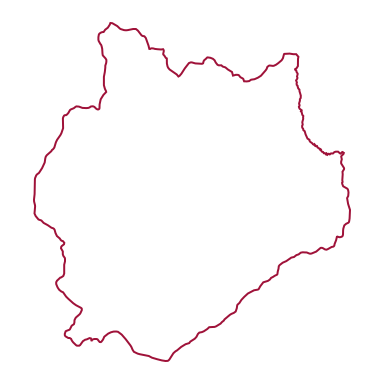 Ciudad Bolívar, Antioquia, Colombia (Robinson projection)
{"feature_id": "7082276B35389673608197", "entity_name": "Ciudad Bolívar", "entity_type": "district", "adm_level": 2, "iso_a3": "COL", "parent_name": "Colombia", "parent_adm1": "Antioquia", "projection": "robinson", "projection_center": [-75.992, 5.842], "detail": "fine", "context": "isolated", "style": "outline", "palette": "rose", "viewbox_px": 384, "rotation_deg": 0, "n_neighbors": 0, "source": "geoboundaries", "source_scale": "gbopen_adm2", "svg_char_len": 5832}
<svg xmlns="http://www.w3.org/2000/svg" viewBox="0 0 384 384"><path d="M274.5,275.9L277.0,274.7L277.4,274.1L277.8,271.3L278.5,268.8L278.8,266.2L279.6,265.1L282.7,262.7L286.3,261.1L291.3,257.6L294.0,257.0L296.4,255.1L298.6,254.4L300.7,252.7L302.6,252.3L306.8,252.5L309.5,253.6L310.6,253.7L311.6,253.5L316.2,251.6L320.6,247.9L321.9,247.8L323.2,248.3L324.7,249.3L326.3,249.7L327.5,249.3L331.6,247.0L333.4,246.6L333.8,246.3L334.3,245.6L334.6,244.0L336.1,240.2L336.9,236.8L337.3,236.6L339.3,237.2L340.7,237.1L342.1,236.5L342.7,235.8L343.0,234.5L343.1,230.5L343.3,228.7L344.3,225.4L346.1,223.8L348.4,222.7L348.9,222.1L349.2,221.1L349.6,218.4L350.0,209.9L348.1,203.9L347.1,198.1L348.2,196.0L348.5,192.5L348.2,190.5L347.8,189.3L347.2,188.6L343.2,186.3L342.3,184.1L342.1,183.1L342.1,182.6L342.6,182.0L342.3,180.1L342.7,174.3L342.5,171.7L344.0,169.3L344.1,168.5L343.9,167.8L341.2,163.5L341.1,161.9L341.8,159.2L341.2,156.6L341.5,155.9L343.4,154.1L343.8,153.0L343.1,152.8L342.8,152.1L342.3,152.0L340.6,153.6L339.9,153.3L338.1,151.7L335.7,151.7L334.4,152.1L332.9,153.5L331.0,153.4L329.8,154.4L328.9,153.8L328.4,153.8L327.5,154.7L326.4,153.2L326.0,153.4L326.4,154.1L326.1,154.5L324.7,153.1L323.8,153.2L323.1,152.0L322.1,151.8L321.2,150.7L321.0,150.4L321.1,149.8L320.6,149.2L320.1,149.7L318.9,148.2L317.7,147.6L317.0,146.1L316.3,146.3L315.5,146.1L315.5,145.4L315.3,145.2L314.9,145.3L314.4,144.2L313.7,144.7L312.9,144.2L312.3,143.3L310.2,141.8L309.4,140.5L309.4,139.7L307.5,138.6L305.6,134.4L304.7,131.2L303.4,130.2L303.1,128.7L302.6,128.2L302.2,127.4L302.1,125.9L302.7,124.7L302.3,122.2L303.2,118.9L303.1,117.3L303.3,116.0L302.3,114.8L301.6,111.9L300.9,111.4L301.1,110.9L301.6,110.9L301.7,110.3L299.7,108.8L299.4,108.3L298.9,107.0L298.9,106.6L299.5,105.9L299.6,105.1L299.2,104.2L299.1,103.4L299.9,100.8L299.9,99.2L300.7,98.0L300.8,95.6L299.5,91.2L299.4,89.6L298.2,88.4L298.0,87.3L297.6,86.7L297.6,85.8L296.7,84.8L296.6,83.2L296.9,82.5L296.1,80.4L297.3,78.6L297.4,77.6L297.0,76.6L297.7,73.9L297.4,73.2L296.7,72.3L296.4,70.9L295.3,69.9L295.1,69.4L295.3,68.9L296.3,68.6L297.9,66.1L298.0,58.9L298.4,56.8L296.2,54.2L293.4,54.2L289.6,53.6L284.3,53.9L284.0,54.2L282.9,58.3L281.6,60.3L278.3,63.1L276.1,64.7L274.0,65.7L273.0,65.9L269.7,65.5L268.7,65.8L267.3,67.0L266.7,68.8L265.7,70.3L261.0,75.7L257.9,77.7L254.5,79.2L251.1,79.7L249.1,81.1L246.8,81.4L244.1,81.3L243.3,79.0L242.8,78.5L240.4,77.2L238.8,75.2L238.0,74.9L235.9,74.8L233.0,75.6L232.0,72.0L227.9,69.5L225.4,67.4L222.6,66.5L221.4,65.3L218.7,65.3L217.5,64.8L215.7,62.5L214.6,60.3L212.9,58.8L210.4,57.8L207.7,57.4L207.2,57.5L205.4,59.3L204.5,59.9L203.6,61.2L203.1,63.3L202.0,63.8L195.3,63.4L191.8,62.4L190.7,62.4L188.9,63.1L184.8,68.4L181.4,73.7L179.5,75.9L178.4,76.5L176.8,74.5L169.6,69.5L168.1,67.7L167.5,66.3L166.9,63.5L166.8,58.4L165.8,57.9L164.4,55.7L163.3,54.5L163.2,53.9L163.8,51.0L163.7,50.2L163.1,49.2L161.1,49.5L157.3,49.2L154.8,48.9L153.6,48.5L151.8,48.3L150.8,48.5L150.1,49.0L149.3,48.9L148.5,45.6L145.8,38.0L144.4,36.3L142.4,35.9L141.5,35.3L137.9,30.6L135.9,29.0L133.1,29.0L127.8,30.1L126.0,30.3L124.0,30.1L120.8,29.1L119.9,28.6L117.3,26.1L112.3,23.2L110.4,23.0L109.7,24.8L107.8,27.7L105.2,29.7L103.6,32.0L102.3,32.1L100.7,32.7L99.5,33.6L98.9,34.4L98.4,37.1L98.4,39.8L98.7,41.0L100.4,44.0L101.1,44.8L101.6,46.2L102.2,48.8L102.5,53.7L102.8,55.4L105.5,58.4L106.3,59.7L106.4,61.0L106.2,62.9L105.3,65.7L105.3,67.6L104.8,72.1L103.9,76.8L103.9,85.2L104.9,88.8L106.0,91.1L106.2,92.0L103.5,94.8L100.7,99.3L99.6,104.4L99.5,108.0L99.3,108.8L98.5,109.4L97.4,109.4L96.2,108.7L94.4,106.9L93.3,106.4L92.2,106.3L90.6,106.6L89.7,107.4L88.4,107.9L86.4,108.1L82.4,107.9L78.9,106.6L76.4,106.4L75.6,106.8L73.8,108.2L70.7,109.5L69.9,110.2L68.4,112.9L67.0,114.5L66.1,115.1L65.1,115.1L64.1,115.6L63.2,117.2L62.9,118.5L63.1,128.2L61.4,133.2L60.4,135.1L57.1,139.8L55.9,142.3L54.3,147.6L53.1,149.2L52.0,150.0L51.3,151.2L46.8,155.2L45.8,156.6L45.3,158.3L44.7,162.5L42.1,168.1L39.0,172.9L37.0,174.4L36.2,175.4L35.1,178.1L34.9,179.2L34.6,194.1L34.0,199.6L34.1,201.5L35.0,205.2L35.1,206.5L34.5,213.5L35.7,216.1L38.5,219.5L41.4,220.5L43.6,222.9L47.8,225.2L51.4,227.7L53.4,228.4L54.0,228.9L54.6,229.8L55.5,233.0L56.9,236.0L59.8,238.5L60.6,239.8L61.5,240.7L62.9,241.1L64.3,242.8L64.0,244.3L61.7,246.1L61.2,246.9L61.0,248.3L62.8,251.4L62.8,254.2L63.3,255.8L64.8,257.9L65.0,258.8L65.0,261.4L64.2,264.7L64.2,273.5L63.4,275.8L63.0,276.2L61.2,277.4L60.3,277.6L57.0,280.7L56.2,282.2L56.2,284.0L56.9,285.8L57.7,287.6L59.2,289.8L61.3,291.5L63.1,292.3L66.1,296.6L68.3,298.8L73.2,303.2L76.0,305.2L80.9,307.8L81.7,308.5L81.8,309.2L81.8,310.1L80.5,313.0L79.7,314.2L75.8,317.6L75.0,319.1L74.5,320.2L74.4,322.5L73.9,324.2L71.7,325.7L69.9,329.3L69.5,329.7L66.1,331.0L65.6,331.4L64.8,333.8L64.8,335.1L65.1,335.8L65.6,336.4L68.3,338.0L69.7,338.0L71.1,338.9L71.8,340.5L73.1,342.3L76.1,345.2L77.0,345.7L79.2,345.7L80.1,345.1L82.9,341.2L85.2,339.7L86.7,339.4L89.5,338.1L90.9,338.4L91.4,339.8L91.4,341.2L91.9,340.2L93.0,339.3L94.5,339.0L96.4,339.0L97.5,339.3L99.1,341.4L99.7,342.0L100.8,342.1L101.4,341.7L103.0,339.6L104.3,336.7L108.2,333.6L110.9,332.3L113.5,331.6L116.1,331.5L118.0,331.8L121.7,334.6L125.7,339.2L130.5,345.5L131.5,347.2L132.5,349.6L133.9,351.8L137.6,353.6L139.7,354.2L148.8,356.0L152.0,357.7L157.1,359.2L161.8,360.4L165.5,361.0L167.4,360.9L168.3,360.6L169.4,359.5L173.4,353.2L175.5,351.3L176.9,350.5L181.2,346.9L185.6,344.2L189.2,343.1L190.3,341.6L194.8,338.7L196.5,336.8L197.9,334.0L199.3,332.6L201.9,332.1L203.8,331.3L207.3,329.0L209.2,327.2L214.6,326.9L216.0,326.4L220.6,323.6L221.8,322.2L223.9,320.5L224.4,319.5L229.8,314.9L231.4,313.9L233.8,312.9L235.7,311.5L236.8,308.2L237.2,305.4L237.5,304.7L239.4,303.0L241.4,299.9L244.2,296.9L247.9,293.5L254.0,290.3L257.9,289.6L258.6,289.2L260.3,286.2L263.3,282.3L267.9,280.9L269.8,279.6L271.1,277.9L273.4,276.7L274.5,275.9Z" fill="none" stroke="#9f1239" stroke-width="2"/></svg>